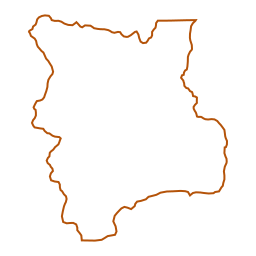 Ramla, HaMerkaz, Israel (Albers equal-area conic projection)
{"feature_id": "584046B58948260517771", "entity_name": "Ramla", "entity_type": "district", "adm_level": 2, "iso_a3": "ISR", "parent_name": "Israel", "parent_adm1": "HaMerkaz", "projection": "albers", "projection_center": [34.923, 31.918], "detail": "fine", "context": "isolated", "style": "outline", "palette": "amber", "viewbox_px": 256, "rotation_deg": 0, "n_neighbors": 0, "source": "geoboundaries", "source_scale": "gbopen_adm2", "svg_char_len": 3197}
<svg xmlns="http://www.w3.org/2000/svg" viewBox="0 0 256 256"><path d="M190.0,195.4L190.3,195.1L192.9,193.0L196.0,192.3L200.4,192.5L203.9,193.0L208.7,193.5L213.5,193.2L215.1,192.0L219.0,191.4L220.4,189.1L221.4,187.4L222.8,185.8L223.3,183.0L224.4,179.4L224.4,175.4L223.9,171.3L224.8,166.7L226.5,163.0L226.7,161.5L226.5,158.7L225.5,156.5L224.4,153.1L224.7,147.4L225.9,147.1L226.9,144.5L227.0,141.0L225.7,138.0L225.2,136.2L224.9,133.6L224.4,129.9L222.6,127.4L221.4,125.8L220.8,125.0L219.0,123.1L217.3,121.0L215.7,120.1L214.5,119.4L211.5,119.1L208.1,119.5L205.3,119.2L203.5,118.4L201.9,117.3L201.0,116.9L199.4,116.9L198.3,116.9L197.0,116.5L196.4,114.0L195.8,112.4L194.8,110.9L193.7,108.7L193.6,106.9L195.0,104.8L195.9,103.9L196.9,102.9L196.8,101.3L196.9,97.5L195.2,96.5L193.1,96.1L192.6,93.7L192.1,92.1L190.0,91.1L189.4,90.2L188.1,88.4L186.3,88.0L184.4,85.9L184.1,83.1L183.6,81.8L183.3,80.5L181.7,78.6L181.1,77.8L182.0,75.3L183.7,74.8L184.0,72.5L185.1,70.5L186.8,69.5L187.4,66.5L187.8,61.7L187.9,57.0L188.6,54.7L190.1,51.6L191.5,50.1L192.0,49.1L191.8,45.0L190.3,40.4L189.9,37.8L190.0,33.7L190.6,30.2L191.1,26.2L192.8,23.3L193.8,22.3L195.3,20.9L195.8,20.1L187.3,20.2L170.5,20.6L162.0,20.7L157.8,20.7L156.1,23.1L156.0,25.2L155.5,27.7L153.8,29.5L152.1,31.9L152.1,35.4L151.1,37.5L149.0,38.4L147.5,41.0L146.1,42.7L143.0,43.1L140.6,41.6L139.2,38.0L138.4,34.5L136.6,31.5L135.0,31.9L131.8,34.4L130.8,35.2L127.9,36.8L126.4,36.9L123.8,36.4L121.4,34.2L120.2,32.2L118.0,31.9L114.4,32.8L111.9,32.2L110.3,31.1L108.3,30.1L104.5,29.3L100.6,29.2L97.7,28.9L94.0,28.2L92.9,27.3L90.5,25.7L85.0,25.4L82.2,27.3L80.4,26.6L77.7,23.5L76.4,22.2L75.9,22.7L72.5,25.2L68.2,24.9L64.4,23.6L61.4,21.7L58.5,20.8L54.8,20.9L51.7,20.1L50.9,18.2L48.9,15.8L44.9,15.4L41.8,16.0L38.9,17.4L37.2,19.4L36.4,22.6L35.6,24.6L33.1,26.5L32.4,29.1L29.4,30.8L29.0,31.8L30.0,33.3L30.9,35.9L34.7,38.6L36.1,40.9L36.8,44.3L37.8,46.7L39.5,48.6L41.5,51.0L43.4,52.5L44.4,54.7L46.1,58.6L48.3,61.0L49.5,63.0L51.7,66.5L53.1,71.7L52.4,74.1L50.5,76.3L48.4,79.8L47.6,83.4L47.4,87.0L46.3,91.1L45.1,94.4L44.1,97.4L42.4,99.5L40.1,100.5L36.8,101.1L35.1,104.1L33.6,107.3L34.3,108.9L35.6,109.9L35.9,112.6L35.9,115.5L34.7,118.2L33.1,120.1L32.0,122.9L33.3,125.7L34.6,127.4L40.2,128.4L43.3,128.8L44.7,131.0L47.3,133.2L49.4,133.4L52.5,135.7L54.9,136.6L59.3,137.1L60.7,138.4L59.7,140.9L59.6,141.4L58.4,144.4L55.1,147.1L53.3,149.6L50.8,151.6L49.8,152.8L49.4,156.4L47.9,157.9L46.7,160.6L47.7,163.1L50.0,165.0L50.7,166.7L52.4,168.6L52.9,171.0L50.9,173.3L49.9,176.4L51.1,180.3L54.7,181.5L58.5,182.0L59.8,184.5L59.9,187.5L60.6,190.1L62.1,191.2L63.9,194.2L66.0,196.3L66.6,199.0L65.8,202.2L65.0,203.7L64.0,206.3L62.8,211.4L61.9,216.3L63.2,222.0L66.7,223.3L70.1,223.0L73.2,222.9L76.2,224.4L77.3,227.6L77.3,230.2L79.6,233.0L81.3,235.4L81.8,240.4L95.0,240.6L101.7,239.8L104.7,238.0L107.7,236.1L111.1,235.5L115.0,234.8L116.5,231.5L115.6,226.3L114.5,224.0L113.3,221.3L114.7,215.8L116.9,213.1L119.9,209.9L121.4,208.4L124.4,206.9L127.6,207.7L131.1,209.1L134.7,206.1L135.3,203.8L137.1,201.6L140.9,200.9L145.9,199.3L148.5,196.8L151.8,196.0L156.4,194.8L160.4,192.7L166.8,191.5L172.8,191.3L180.6,190.9L185.2,191.2L188.0,192.0L190.0,195.4Z" fill="none" stroke="#b45309" stroke-width="2"/></svg>